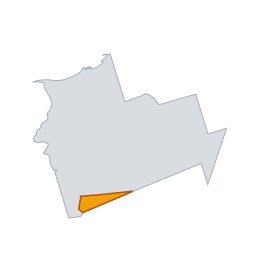 N'beiket Lehouach, Hodh ech Chargui, Mauritania shown in context, rotated 73°
{"feature_id": "47542326B78705057775708", "entity_name": "N'beiket Lehouach", "entity_type": "district", "adm_level": 2, "iso_a3": "MRT", "parent_name": "Mauritania", "parent_adm1": "Hodh ech Chargui", "projection": "natural_earth1", "projection_center": [-6.344, 18.2], "detail": "fine", "context": "in_parent", "style": "filled", "palette": "amber", "viewbox_px": 256, "rotation_deg": 73, "n_neighbors": 0, "source": "geoboundaries", "source_scale": "gbopen_adm2", "svg_char_len": 3401}
<svg xmlns="http://www.w3.org/2000/svg" viewBox="0 0 256 256"><g transform="rotate(73 128 128)"><path d="M110.4,221.2L110.1,221.1L108.8,220.0L108.1,218.7L107.1,217.7L105.6,217.1L104.6,216.4L104.2,215.5L103.6,215.0L103.1,214.7L103.0,214.4L103.1,214.0L103.0,213.2L102.2,211.5L101.4,210.8L100.7,210.9L100.3,210.7L100.0,210.3L99.9,209.8L99.5,209.3L98.7,209.1L98.0,207.8L97.5,205.5L96.9,203.7L96.1,202.5L95.6,202.0L95.1,201.9L95.0,201.7L94.9,201.3L94.3,201.2L93.4,201.6L92.6,201.4L92.2,200.8L91.7,200.8L91.0,201.3L90.3,201.1L89.5,200.3L89.0,199.5L89.0,198.7L87.6,197.1L84.8,194.7L81.9,193.5L78.7,193.7L76.8,193.6L76.5,193.2L76.1,193.2L75.7,193.6L75.2,193.7L74.8,193.5L74.5,193.7L74.4,194.3L73.2,194.6L71.1,194.6L69.3,195.0L68.0,195.8L66.1,196.1L63.7,196.0L62.2,195.7L61.7,195.3L61.0,195.1L60.1,195.4L59.3,196.6L58.6,198.7L58.0,200.0L57.5,200.3L57.0,201.9L56.6,204.6L56.2,205.8L56.3,199.1L57.0,196.5L57.3,194.3L58.8,189.5L60.7,185.5L62.4,180.2L63.1,175.0L62.9,170.0L62.5,165.5L61.7,162.6L61.0,158.3L59.8,156.1L57.7,154.1L57.2,152.9L57.8,152.5L59.1,152.2L59.9,150.7L58.2,151.3L60.3,146.6L61.0,143.3L60.9,141.2L61.3,139.9L59.8,137.1L58.6,133.6L58.0,133.0L57.4,132.7L57.3,133.5L56.9,134.3L56.2,133.8L54.9,131.3L53.1,127.0L52.5,126.6L51.9,127.2L51.5,127.7L50.9,131.3L50.7,129.9L51.0,128.2L51.5,126.2L52.1,123.4L53.7,123.4L56.6,123.4L62.4,123.4L65.3,123.4L71.1,123.4L74.0,123.4L79.8,123.4L82.6,123.4L88.4,123.3L91.3,123.3L97.1,123.3L100.0,123.3L101.9,123.3L101.9,121.3L101.8,119.8L101.7,117.6L101.6,115.5L101.5,113.4L101.4,111.4L101.3,109.4L101.2,107.6L101.2,105.9L101.0,104.9L100.4,103.0L100.3,102.0L100.5,101.0L100.9,100.0L102.1,98.3L103.8,97.0L105.8,95.4L107.3,94.2L108.1,93.9L110.4,93.5L112.3,92.6L114.1,91.8L114.8,91.3L114.9,89.6L115.4,53.3L124.2,53.3L126.5,53.3L142.8,53.3L145.2,53.3L157.0,53.3L157.0,51.6L157.1,49.1L157.1,45.7L157.1,42.3L157.1,36.4L157.1,33.9L159.5,35.5L164.1,38.8L166.5,40.5L171.1,43.8L175.8,47.2L180.5,50.5L182.9,52.2L185.2,53.8L187.6,55.5L189.9,57.1L194.6,60.5L196.6,61.9L199.6,64.1L202.5,66.2L205.3,68.3L200.9,68.3L195.1,68.3L191.1,68.3L187.0,68.3L183.1,68.3L183.5,71.7L183.8,75.5L184.2,79.2L184.5,83.0L184.9,86.7L186.0,97.9L186.3,101.6L186.7,105.4L187.0,109.1L187.4,112.9L188.1,120.3L188.5,124.1L188.8,127.8L189.2,131.5L189.6,135.3L189.9,139.0L190.6,146.5L191.0,150.2L191.4,153.9L191.7,157.7L192.1,161.4L192.5,165.1L192.8,168.8L193.2,172.6L193.9,180.0L194.3,183.8L194.7,187.5L195.0,191.2L195.4,194.8L196.9,196.7L198.8,199.1L198.3,202.5L197.6,206.5L196.9,210.9L191.6,210.9L186.4,210.9L173.3,210.9L170.7,210.9L157.7,210.9L155.1,210.9L150.1,210.9L148.6,210.8L148.1,210.5L147.9,208.2L147.4,208.3L146.9,209.0L146.6,209.7L146.7,210.7L146.6,211.5L145.0,211.8L142.7,212.3L140.3,212.7L137.9,212.6L137.1,212.4L136.2,212.1L134.3,211.8L133.3,211.7L132.1,211.8L130.7,212.0L130.2,212.4L129.2,214.1L128.1,216.1L127.4,216.1L126.7,215.0L124.6,213.0L122.1,210.3L121.0,209.0L120.4,208.8L119.2,209.7L118.2,210.7L117.1,212.0L116.6,213.2L116.2,214.7L116.0,216.4L115.6,218.4L114.7,220.0L113.7,221.3L112.9,221.8L112.6,222.1L110.4,221.2ZM59.1,147.8L58.3,149.2L57.9,148.7L57.8,147.7L58.5,146.3L58.9,145.6L59.5,145.4L59.1,147.8Z" fill="#d9dde1" stroke="#a8b0b8" stroke-width="1"/><path d="M195.6,196.0L195.7,195.9L189.9,141.8L182.4,180.1L181.8,181.7L181.5,183.8L181.5,184.1L179.9,191.0L179.3,193.3L180.6,193.5L186.3,196.4L191.2,198.9L195.6,196.0Z" fill="#f59e0b" stroke="#b45309" stroke-width="1.5"/></g></svg>